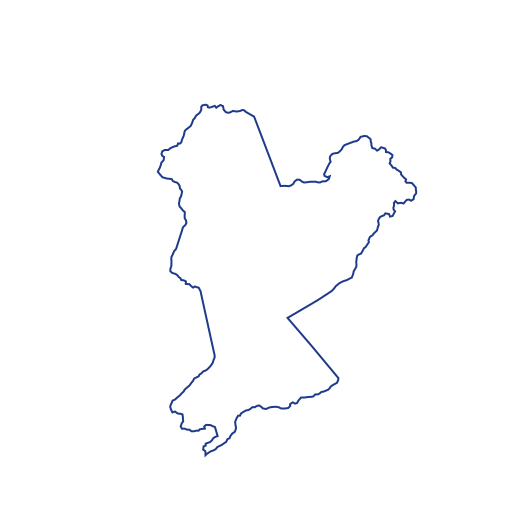 Jaguariaíva, Paraná, Brazil (orthographic projection), rotated 49°
{"feature_id": "56859067B17690798383778", "entity_name": "Jaguariaíva", "entity_type": "district", "adm_level": 2, "iso_a3": "BRA", "parent_name": "Brazil", "parent_adm1": "Paraná", "projection": "orthographic", "projection_center": [-49.698, -24.34], "detail": "fine", "context": "isolated", "style": "outline", "palette": "blue", "viewbox_px": 512, "rotation_deg": 49, "n_neighbors": 0, "source": "geoboundaries", "source_scale": "gbopen_adm2", "svg_char_len": 4920}
<svg xmlns="http://www.w3.org/2000/svg" viewBox="0 0 512 512"><g transform="rotate(49 256 256)"><path d="M107.2,197.5L107.4,199.3L109.9,201.6L111.0,204.7L110.9,207.1L110.7,208.9L111.8,212.0L112.0,214.1L113.7,217.0L115.0,219.9L114.9,223.7L114.7,226.1L115.0,227.9L117.8,231.6L119.6,235.4L121.3,238.1L121.2,239.9L119.9,240.9L121.1,243.2L119.9,245.4L119.0,247.9L118.4,250.3L118.5,252.6L116.1,255.4L115.5,258.1L117.0,260.4L118.8,261.0L121.0,260.4L123.1,262.9L123.5,266.2L125.0,268.3L126.4,270.9L127.3,273.3L128.1,274.9L130.4,274.9L132.9,275.0L135.3,274.9L137.3,273.6L139.1,272.4L140.7,270.9L142.6,269.2L145.0,269.5L146.9,268.7L148.9,267.4L151.2,267.3L153.3,267.8L154.9,269.0L156.9,269.1L158.8,269.4L160.9,272.1L162.0,273.9L162.5,275.7L164.0,277.3L165.8,279.7L168.5,281.2L170.9,281.1L173.6,281.3L176.1,280.9L179.0,283.6L180.8,285.1L183.0,285.4L185.3,286.7L186.3,289.0L186.3,291.5L186.9,293.2L187.9,294.6L198.3,311.8L198.5,314.1L199.2,315.9L200.2,317.8L201.3,320.5L202.7,321.9L204.3,323.1L206.1,324.7L207.9,326.3L209.3,328.7L211.0,330.5L213.4,330.5L215.1,329.6L216.7,328.5L218.9,328.0L221.2,328.1L223.4,327.6L225.1,328.2L226.9,326.5L229.2,325.6L231.0,327.3L233.5,324.8L235.9,324.7L238.6,324.2L238.9,322.1L240.5,321.3L242.3,320.0L246.3,321.0L252.8,324.6L289.1,344.4L295.2,347.7L302.2,351.5L304.0,352.5L305.6,354.0L306.6,356.2L308.2,358.7L309.2,362.5L309.5,365.3L309.6,367.4L309.3,369.5L308.5,371.3L308.7,374.3L308.4,376.5L309.2,378.2L308.6,380.4L307.9,383.1L309.0,385.6L309.2,387.3L310.1,391.2L310.0,395.3L310.1,397.7L310.8,399.3L310.9,402.6L311.3,404.8L311.1,407.9L311.2,411.3L310.4,413.9L311.6,416.0L312.2,417.7L313.5,419.7L316.5,421.0L319.2,421.7L320.3,419.1L322.1,418.8L323.7,418.3L325.5,416.5L327.3,415.4L329.2,416.6L331.4,418.3L333.1,419.5L333.5,421.7L335.3,424.7L337.8,425.2L339.5,423.1L341.8,422.0L343.4,420.2L345.9,419.7L347.4,418.1L348.6,415.7L350.2,413.9L349.9,412.1L352.7,407.8L350.7,406.9L350.7,404.5L353.7,401.3L355.6,400.5L358.2,399.2L366.7,403.1L365.7,405.8L365.5,408.2L366.2,410.1L366.3,412.7L364.6,417.1L366.1,418.4L365.3,420.4L367.4,422.9L370.0,422.3L371.4,423.3L373.2,424.8L373.1,422.7L373.4,420.6L373.7,418.5L375.0,415.1L375.3,412.9L374.8,410.4L376.1,405.9L376.4,402.8L376.7,400.5L375.5,397.7L376.2,395.5L375.1,393.6L374.4,390.4L374.8,387.2L372.7,383.8L369.8,382.2L367.5,380.6L365.7,377.1L364.8,374.2L366.0,372.8L365.0,370.5L365.4,367.8L366.1,364.6L367.2,363.0L367.7,360.6L367.7,357.9L369.4,356.1L369.6,354.1L370.7,351.8L373.2,351.0L375.5,350.8L378.1,348.8L378.8,346.1L379.8,344.0L381.2,342.0L383.0,339.7L385.3,337.9L387.0,337.4L388.8,335.8L390.4,333.7L391.8,331.5L391.7,328.7L390.2,327.5L390.6,324.2L393.0,323.4L393.9,321.5L392.9,318.6L392.4,314.8L394.6,312.3L396.4,309.5L397.5,308.0L398.7,306.5L399.6,304.9L399.3,302.1L401.1,300.0L401.5,297.9L401.5,295.9L402.7,293.9L403.5,291.6L404.3,289.0L404.1,287.1L403.5,285.1L404.0,281.7L404.8,278.3L403.8,275.7L402.2,273.9L360.0,273.0L358.3,273.0L323.4,272.8L329.9,238.0L332.1,221.6L331.7,218.1L331.1,215.5L331.2,211.2L331.8,208.3L332.6,205.9L333.7,203.5L335.1,197.7L333.2,194.3L331.6,192.2L330.0,187.5L328.7,186.1L326.3,184.3L325.0,182.8L323.8,181.6L322.1,179.2L322.3,177.4L323.1,175.3L322.0,171.8L320.9,169.4L321.2,167.6L320.4,164.7L319.7,161.8L318.0,160.9L316.3,157.4L316.8,154.5L316.3,152.5L316.1,147.9L313.9,144.7L313.1,142.9L311.4,141.8L309.7,141.0L308.5,138.8L308.0,136.6L308.6,134.4L309.3,132.7L308.7,130.4L311.6,128.1L314.2,129.0L315.4,126.7L313.5,121.7L311.2,121.7L309.6,120.5L308.3,118.4L306.5,117.2L306.0,114.8L309.3,114.4L311.2,111.4L313.2,110.2L312.8,107.7L312.5,105.4L314.0,103.3L316.0,102.8L316.5,99.8L314.4,97.3L313.8,94.1L312.6,92.9L311.1,92.0L309.0,90.4L307.0,90.5L305.3,90.4L303.2,90.5L301.2,92.3L299.5,94.3L297.6,94.2L296.6,92.4L293.9,92.9L289.7,93.0L288.1,91.8L286.4,92.1L284.5,92.6L282.9,93.2L281.2,93.1L279.1,94.7L276.8,94.4L273.8,94.4L273.0,92.7L270.7,90.8L270.9,88.6L269.4,86.8L266.4,87.4L264.2,88.3L262.8,89.7L261.3,88.5L259.5,88.1L257.8,89.1L256.0,90.3L256.3,93.4L255.9,95.5L253.0,95.8L250.9,97.4L248.2,96.3L246.7,95.0L244.9,94.3L243.0,92.9L238.5,93.7L236.6,95.3L234.7,98.9L235.5,101.9L235.4,104.3L233.7,107.4L231.7,112.9L230.4,116.4L230.7,119.0L231.7,121.2L232.0,124.3L231.9,126.6L230.2,129.1L229.0,131.5L229.4,134.6L230.6,136.2L232.1,137.1L233.8,137.8L234.3,140.0L236.0,144.2L237.5,147.5L238.9,150.9L240.5,151.7L243.4,150.4L244.2,148.1L245.7,150.5L245.5,153.7L244.7,155.3L243.4,156.6L242.6,159.2L241.3,160.8L239.0,162.3L237.6,164.0L235.7,166.2L233.5,169.5L232.0,171.6L229.9,172.5L227.2,173.0L225.4,174.7L225.0,177.5L226.0,180.6L225.7,183.4L224.8,185.5L223.3,186.9L221.7,188.5L219.3,191.6L149.6,166.0L140.7,169.1L138.4,169.3L136.8,170.6L136.0,173.1L134.5,175.5L133.0,177.0L131.5,178.0L130.5,181.7L129.5,183.2L127.6,184.4L124.2,184.4L122.9,183.5L121.2,182.6L118.7,183.8L118.1,186.9L118.0,188.7L115.7,188.6L114.5,191.5L113.5,193.8L112.1,194.7L110.6,193.8L108.8,194.7L107.2,197.5Z" fill="none" stroke="#1e3a8a" stroke-width="2"/></g></svg>